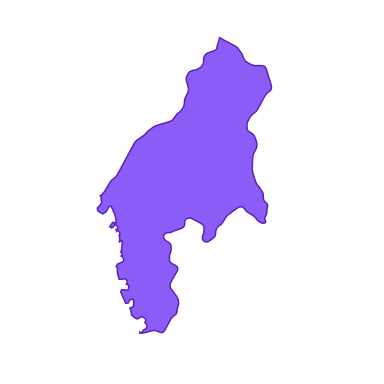 the district of Banica, La Estrelleta, Dominican Republic, rotated 298°
{"feature_id": "3306468B73916150464178", "entity_name": "Banica", "entity_type": "district", "adm_level": 2, "iso_a3": "DOM", "parent_name": "Dominican Republic", "parent_adm1": "La Estrelleta", "projection": "albers", "projection_center": [-71.658, 19.016], "detail": "fine", "context": "isolated", "style": "filled", "palette": "violet", "viewbox_px": 384, "rotation_deg": 298, "n_neighbors": 0, "source": "geoboundaries", "source_scale": "gbopen_adm2", "svg_char_len": 5522}
<svg xmlns="http://www.w3.org/2000/svg" viewBox="0 0 384 384"><g transform="rotate(298 192 192)"><path d="M200.0,271.3L202.9,268.4L206.4,268.3L208.4,267.9L211.8,266.4L215.3,265.3L216.3,264.6L216.9,263.7L217.6,261.4L218.0,260.2L218.6,259.2L219.5,258.3L220.5,257.6L223.2,256.1L224.2,255.3L225.0,254.3L225.6,253.3L226.7,250.9L228.0,248.7L229.3,245.7L230.5,243.9L232.4,241.8L236.1,238.1L238.2,236.1L239.9,234.8L241.1,234.2L242.9,233.4L246.2,231.6L248.7,230.6L250.9,229.4L252.1,228.9L253.4,228.6L254.8,228.4L259.7,228.3L261.8,228.1L263.1,227.7L263.8,227.4L265.6,226.2L267.3,224.7L268.8,223.1L270.3,221.3L271.0,220.1L271.3,219.4L271.7,218.1L272.2,213.5L272.5,212.4L272.8,211.8L273.7,211.0L276.2,209.5L277.3,208.9L278.6,208.4L280.6,208.1L283.5,208.1L286.3,208.3L287.7,208.5L289.0,208.9L292.4,210.5L294.4,211.0L298.1,211.2L308.5,211.2L312.2,211.4L314.3,211.8L315.5,212.3L317.6,213.3L318.8,213.6L319.5,213.7L320.8,213.5L321.4,213.2L322.6,212.5L323.8,211.6L335.0,200.3L336.3,198.7L336.9,197.6L337.0,196.9L336.9,196.3L336.6,195.3L334.9,191.4L333.3,188.6L332.8,187.4L332.5,186.0L332.4,184.6L332.3,182.5L332.3,180.4L332.6,178.3L333.0,176.9L333.4,176.3L334.1,175.1L336.9,171.9L337.6,170.7L338.8,168.3L340.2,165.6L340.7,164.3L341.0,162.9L341.1,160.7L341.1,149.4L341.2,143.9L338.8,144.6L333.4,145.5L330.7,146.4L329.6,146.5L328.9,146.3L327.8,145.8L326.2,144.4L323.6,141.9L322.5,140.9L321.3,140.0L320.0,139.5L318.7,139.2L316.6,139.3L315.3,139.6L312.6,141.0L311.4,141.5L309.4,141.7L307.3,141.5L306.7,141.3L305.5,140.8L302.0,138.5L301.2,137.7L300.3,136.2L299.5,135.3L298.1,134.1L297.6,133.7L296.3,133.3L294.9,133.0L293.5,133.0L292.1,133.0L290.8,133.2L289.4,133.7L288.8,134.0L287.0,135.3L283.8,138.5L282.2,139.9L281.0,140.7L279.6,141.3L277.4,141.7L272.9,141.8L270.7,142.0L269.3,142.4L266.5,143.7L264.6,144.3L262.6,144.5L259.8,144.4L257.8,143.9L254.9,142.6L253.7,142.1L252.4,141.9L247.6,141.3L246.3,140.9L245.7,140.6L244.4,139.8L242.8,138.3L234.8,130.2L233.2,128.7L232.0,127.9L230.8,127.2L229.0,126.4L225.6,124.7L224.3,124.3L221.7,123.7L220.4,123.4L217.0,121.6L214.6,120.5L211.8,119.0L210.5,118.6L208.3,118.2L205.3,118.1L176.0,118.0L172.2,117.9L170.7,117.8L169.2,117.5L168.0,117.0L165.2,115.7L163.8,115.3L161.8,115.1L156.1,114.8L152.3,114.5L151.9,114.7L146.7,113.5L145.6,112.7L145.2,113.9L143.3,115.1L141.5,116.4L140.6,117.1L138.0,117.1L133.5,115.9L131.6,117.1L130.8,118.7L130.8,120.9L130.8,123.3L130.8,123.5L134.2,125.5L139.9,125.5L140.2,125.7L141.5,127.5L140.7,128.3L136.9,133.0L136.9,133.4L132.7,137.3L128.9,139.5L128.2,138.8L128.5,137.3L127.8,136.0L126.6,136.2L123.0,135.5L122.5,136.3L122.5,137.9L124.4,139.0L125.5,139.0L127.0,139.0L127.0,141.8L125.1,143.8L124.4,143.8L123.2,142.6L122.6,143.2L122.0,143.6L122.8,143.7L122.6,146.8L120.8,148.4L120.0,147.8L116.6,150.2L116.0,150.6L113.9,151.3L115.2,152.3L116.1,153.4L112.0,155.3L107.2,157.2L105.6,157.2L105.0,158.2L105.0,159.0L104.7,159.2L103.9,159.9L103.5,160.2L103.0,159.9L102.2,159.4L102.3,160.6L101.3,162.1L100.7,163.1L99.4,164.0L97.2,163.1L93.4,160.1L90.8,159.9L90.6,160.2L89.8,161.8L87.0,163.3L86.0,163.8L80.7,168.6L80.9,168.9L81.3,169.6L82.2,171.4L84.1,173.4L83.4,176.2L81.5,177.3L79.9,177.3L80.2,177.7L79.5,180.3L76.0,181.5L75.0,180.9L72.8,175.8L70.4,175.8L68.6,178.2L66.1,181.2L64.6,183.4L63.3,184.8L62.5,185.7L64.0,187.7L65.0,187.7L67.8,187.7L69.7,190.5L67.1,192.5L66.6,192.7L64.4,193.6L64.0,193.7L62.5,193.7L60.8,192.0L60.6,191.7L60.1,192.1L59.5,192.5L58.7,193.7L54.9,196.5L54.8,197.2L54.1,200.1L54.2,203.3L54.4,203.4L56.8,204.9L57.2,205.2L58.7,206.9L58.0,210.8L56.8,211.6L54.6,211.6L53.6,214.3L52.4,215.3L49.9,215.7L47.1,213.8L45.6,214.0L43.4,212.3L43.5,212.0L42.8,212.4L45.2,215.8L46.7,217.5L50.3,221.4L51.7,223.1L52.3,224.4L52.5,225.1L52.8,226.4L53.1,229.6L53.4,230.8L53.6,231.3L54.0,231.8L54.5,232.2L55.6,232.7L57.5,232.9L66.4,232.9L70.1,233.0L71.6,233.2L72.9,233.6L75.1,234.6L76.3,235.1L77.5,235.2L78.8,235.1L80.0,234.7L82.2,233.8L86.1,232.9L87.4,232.4L88.6,231.7L90.3,230.4L91.7,228.8L92.9,227.0L94.2,224.0L95.4,221.8L96.4,219.5L97.1,218.3L97.9,217.4L98.4,217.0L99.4,216.3L100.9,215.9L103.1,215.7L106.1,215.7L113.1,216.0L115.3,216.0L116.7,215.8L117.9,215.3L118.4,214.9L118.8,214.4L119.2,213.1L119.4,211.8L119.4,207.6L119.7,206.3L119.9,205.7L120.2,205.1L120.6,204.7L121.6,204.0L124.7,202.2L126.0,201.8L129.3,201.3L130.6,200.9L132.3,200.1L134.8,198.6L135.7,197.8L136.2,196.7L136.5,195.5L136.7,191.6L137.1,190.3L137.7,189.2L138.6,188.3L139.6,187.7L140.3,187.5L141.0,187.5L141.6,187.5L142.3,187.7L143.3,188.3L144.2,189.1L144.9,190.1L145.8,191.5L146.6,192.4L149.1,194.3L154.0,198.9L155.7,200.3L157.0,200.9L157.6,201.0L158.9,201.0L160.1,200.7L162.6,199.5L163.8,199.3L164.5,199.3L165.7,199.7L166.7,200.5L167.5,201.4L168.1,202.7L168.4,204.1L168.5,205.5L168.5,213.0L168.3,215.9L168.0,217.2L167.8,217.8L167.4,218.3L166.5,219.1L163.4,220.8L161.6,221.5L157.7,222.1L156.5,222.6L155.5,223.4L154.7,224.3L154.4,224.9L154.2,225.6L154.2,226.2L154.2,226.9L154.4,227.6L154.7,228.2L155.0,228.7L155.9,229.6L156.9,230.3L157.5,230.6L159.3,231.4L161.5,232.4L162.6,232.8L163.3,232.9L164.6,232.9L165.2,232.8L166.4,232.3L168.0,231.6L169.1,231.2L170.5,231.0L171.8,231.0L173.8,231.3L177.2,232.9L178.6,233.2L180.8,233.5L185.3,233.7L187.5,234.1L188.8,234.5L191.6,236.0L194.1,237.0L196.9,238.5L199.2,239.6L200.3,240.2L201.2,241.1L201.6,241.5L202.2,242.6L202.3,243.3L202.3,244.6L202.0,245.8L200.8,248.5L200.4,249.9L200.1,252.1L199.9,256.6L199.5,258.8L199.1,260.1L198.0,262.3L197.4,263.9L197.3,267.4L197.7,269.2L198.3,270.2L198.6,270.6L200.0,271.3Z" fill="#8b5cf6" stroke="#5b21b6" stroke-width="1.5"/></g></svg>